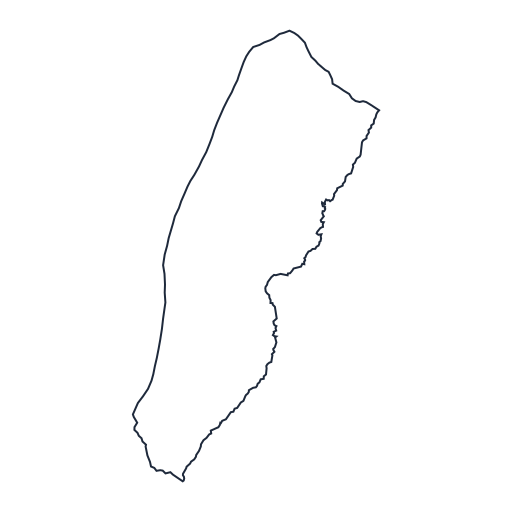 outline of Riaba, Bioko Sur, Equatorial Guinea
{"feature_id": "11065452B69866248222639", "entity_name": "Riaba", "entity_type": "district", "adm_level": 2, "iso_a3": "GNQ", "parent_name": "Equatorial Guinea", "parent_adm1": "Bioko Sur", "projection": "orthographic", "projection_center": [8.763, 3.41], "detail": "fine", "context": "isolated", "style": "outline", "palette": "slate", "viewbox_px": 512, "rotation_deg": 0, "n_neighbors": 0, "source": "geoboundaries", "source_scale": "gbopen_adm2", "svg_char_len": 3463}
<svg xmlns="http://www.w3.org/2000/svg" viewBox="0 0 512 512"><path d="M253.2,47.0L249.2,51.8L246.3,56.3L243.7,62.0L241.8,67.2L239.0,75.1L237.4,80.2L234.2,86.5L231.8,92.2L227.9,99.2L223.7,107.6L220.3,115.4L217.1,122.7L214.2,130.2L212.2,136.9L209.5,144.0L206.2,152.2L202.0,160.0L199.0,166.5L194.3,174.9L190.4,180.9L187.5,186.6L184.7,193.2L181.2,201.2L178.9,208.1L174.9,216.2L173.0,223.4L171.0,230.2L168.7,238.0L167.1,245.8L164.7,254.5L163.1,265.2L164.5,273.9L165.0,284.6L164.7,292.6L165.4,302.5L164.5,308.7L163.1,318.6L161.9,329.1L160.2,339.9L158.6,348.8L156.8,358.0L154.9,366.1L153.3,374.2L151.5,380.7L148.0,388.9L143.0,396.3L137.9,403.0L132.9,414.4L133.8,417.0L135.5,419.8L137.2,422.7L134.5,427.1L134.4,429.9L137.5,432.8L138.8,435.8L141.5,438.2L142.5,441.5L146.0,444.7L145.6,446.5L147.4,455.4L150.0,461.9L151.0,466.5L154.3,467.9L156.5,470.8L160.2,470.2L162.7,470.6L165.5,473.4L170.4,472.2L172.9,474.6L182.7,481.3L183.7,480.5L184.2,478.5L183.9,476.7L182.9,475.2L183.0,473.8L186.1,468.4L186.6,466.7L190.1,463.6L191.0,461.7L194.2,459.4L195.9,456.8L196.2,455.0L199.0,450.9L200.8,446.5L201.0,444.3L203.5,440.2L206.5,437.9L209.2,434.4L211.2,433.5L210.8,430.6L218.4,427.2L219.8,425.0L220.3,422.8L220.9,423.1L222.2,420.8L225.9,419.3L230.8,412.2L233.4,411.7L234.6,408.7L237.2,407.9L240.8,402.5L243.4,400.9L245.4,396.0L246.1,394.9L247.7,393.6L248.8,391.9L248.9,390.2L253.1,387.8L255.9,387.3L257.0,385.9L257.7,383.7L259.4,382.4L260.7,379.3L263.7,378.8L263.8,376.3L266.0,374.5L266.6,368.3L266.3,366.0L267.4,364.2L269.4,362.6L271.3,362.0L272.4,355.4L271.9,354.2L274.4,351.8L273.4,350.0L273.2,349.0L274.9,347.1L276.4,342.4L275.1,337.5L276.3,336.5L274.4,336.2L272.9,335.1L274.0,333.1L273.7,331.8L276.2,330.6L275.5,328.0L276.4,326.1L274.6,325.3L273.7,323.6L273.4,321.4L276.7,318.5L274.9,306.8L272.8,304.7L272.5,303.1L270.5,303.0L270.6,300.1L269.4,297.7L269.2,295.1L267.1,293.4L265.7,291.4L265.3,288.4L265.6,286.8L267.0,284.9L267.8,282.0L271.4,277.1L274.0,274.9L275.9,275.2L280.6,273.9L287.6,275.3L287.9,273.5L290.1,273.2L292.4,270.4L293.6,268.5L301.0,266.6L302.3,263.8L304.3,264.2L304.1,261.5L305.1,260.6L305.1,259.7L304.3,258.2L305.6,257.0L306.0,255.4L308.5,251.5L310.5,250.9L312.5,249.0L315.3,248.8L316.5,246.7L318.5,245.6L319.4,243.5L319.3,242.2L320.5,241.2L321.1,238.5L320.7,236.2L321.4,234.3L318.4,234.8L316.6,233.4L317.2,231.9L320.3,228.1L322.0,227.2L323.0,226.9L322.8,224.0L323.8,222.2L321.3,221.9L320.7,220.2L323.8,216.3L322.9,214.8L322.9,214.4L322.3,213.3L322.7,211.2L324.1,211.2L325.1,209.6L325.2,208.6L324.7,207.9L325.1,207.0L324.3,206.2L322.8,206.2L322.0,203.5L322.1,202.5L324.3,204.0L325.0,204.1L324.8,202.1L326.1,199.5L327.7,200.4L329.0,200.1L330.1,201.2L331.7,200.0L332.6,199.7L334.2,195.7L334.0,194.1L337.0,190.1L337.2,188.3L342.7,185.6L342.8,183.9L345.0,181.4L345.7,176.9L347.5,174.9L349.1,174.0L351.1,173.4L353.2,166.9L352.9,164.6L354.9,162.8L356.7,158.6L359.8,156.5L360.6,154.7L362.0,142.3L363.1,140.4L366.5,138.4L366.6,135.9L368.9,132.6L368.5,130.1L371.2,127.6L371.2,125.4L373.7,123.6L374.1,119.9L375.6,117.4L376.3,114.4L377.3,112.4L379.1,110.3L371.0,105.0L366.3,102.1L363.1,101.2L362.5,101.3L359.7,102.0L355.6,101.0L351.9,98.3L349.2,94.0L343.6,90.6L338.2,86.8L332.6,83.7L332.1,79.2L330.1,74.8L328.6,71.8L325.2,70.0L318.1,63.9L315.4,60.7L311.4,57.0L308.4,51.1L306.6,47.3L304.9,42.7L301.3,38.9L298.0,35.6L294.3,33.0L289.5,30.7L283.9,32.8L279.5,34.0L273.9,38.3L270.4,40.1L264.2,42.4L259.6,44.9L253.2,47.0Z" fill="none" stroke="#1e293b" stroke-width="2"/></svg>